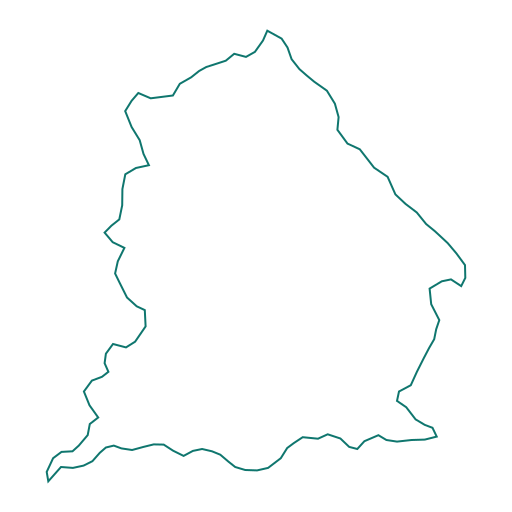 outline of Taguaí, São Paulo, Brazil
{"feature_id": "56859067B74189053823533", "entity_name": "Taguaí", "entity_type": "district", "adm_level": 2, "iso_a3": "BRA", "parent_name": "Brazil", "parent_adm1": "São Paulo", "projection": "robinson", "projection_center": [-49.403, -23.468], "detail": "fine", "context": "isolated", "style": "outline", "palette": "teal", "viewbox_px": 512, "rotation_deg": 0, "n_neighbors": 0, "source": "geoboundaries", "source_scale": "gbopen_adm2", "svg_char_len": 1733}
<svg xmlns="http://www.w3.org/2000/svg" viewBox="0 0 512 512"><path d="M436.7,436.6L432.5,427.8L424.8,424.9L415.6,419.4L406.2,407.2L397.0,400.9L399.0,391.5L410.8,385.2L416.9,371.8L423.7,358.3L429.1,348.0L434.2,339.2L436.2,329.2L439.3,320.1L431.2,304.2L429.6,288.6L441.8,281.3L451.0,279.4L461.2,286.1L465.3,277.9L465.0,265.1L456.4,253.4L447.7,243.1L435.0,231.3L426.1,224.0L416.8,212.5L405.4,203.8L395.4,194.4L387.6,176.8L374.1,167.7L366.1,157.4L359.8,149.3L347.5,143.6L337.4,129.8L338.6,117.1L334.9,103.7L326.9,90.7L314.2,81.7L306.6,75.4L299.4,69.1L291.6,59.2L287.5,47.5L281.6,38.6L267.3,30.7L263.0,40.5L254.9,51.9L246.0,56.9L234.2,53.8L225.8,60.7L216.9,63.6L206.3,67.0L199.1,71.0L191.2,77.3L179.8,83.8L172.9,95.5L150.7,98.3L138.3,93.0L131.6,100.8L125.2,111.1L131.6,127.0L139.7,140.2L143.5,153.9L148.9,165.2L135.9,168.0L125.3,174.3L122.4,189.1L122.2,205.3L119.3,219.4L111.4,225.7L104.6,232.6L112.7,242.2L124.4,247.9L117.8,261.3L115.1,273.5L119.4,282.3L127.0,297.5L136.7,306.3L144.8,310.1L145.6,326.4L135.1,341.7L126.0,347.4L113.0,344.0L105.9,353.7L104.6,363.2L108.4,371.8L102.0,376.8L91.9,380.6L83.9,391.5L89.5,405.3L98.2,417.5L89.8,424.0L87.7,435.1L78.8,445.6L72.5,451.3L61.5,451.9L53.1,458.2L46.7,471.9L48.3,481.3L61.0,467.0L72.9,467.9L83.6,465.6L92.4,461.2L99.8,452.8L105.9,447.5L113.8,445.6L121.4,448.4L132.1,450.0L143.5,446.9L153.7,444.4L163.7,444.6L173.1,450.7L183.6,455.9L192.9,450.9L202.1,449.0L212.0,451.3L220.3,454.7L228.4,461.6L235.2,467.0L245.2,470.0L257.1,470.4L268.1,467.9L280.8,458.2L287.2,448.0L293.8,443.1L302.7,437.2L318.0,438.7L327.7,434.3L340.4,438.5L349.2,446.9L357.3,449.0L364.4,441.2L378.4,435.2L386.4,440.0L397.0,441.6L411.6,440.0L424.8,439.6L436.7,436.6Z" fill="none" stroke="#0f766e" stroke-width="2"/></svg>